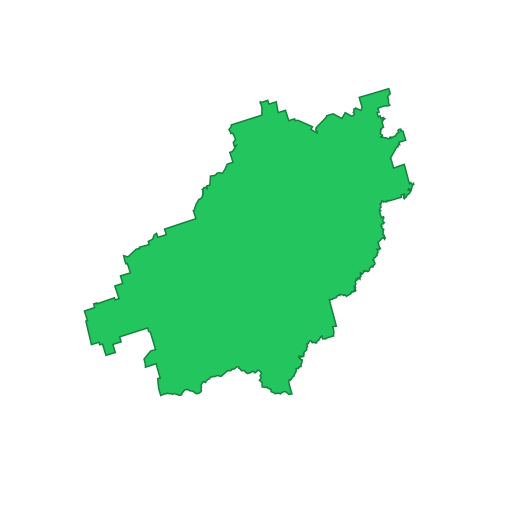 the district of Charters Towers, Queensland, Australia, rotated 68°
{"feature_id": "25037944B10597176528862", "entity_name": "Charters Towers", "entity_type": "district", "adm_level": 2, "iso_a3": "AUS", "parent_name": "Australia", "parent_adm1": "Queensland", "projection": "albers", "projection_center": [146.233, -20.209], "detail": "fine", "context": "isolated", "style": "filled", "palette": "green", "viewbox_px": 512, "rotation_deg": 68, "n_neighbors": 0, "source": "geoboundaries", "source_scale": "gbopen_adm2", "svg_char_len": 6076}
<svg xmlns="http://www.w3.org/2000/svg" viewBox="0 0 512 512"><g transform="rotate(68 256 256)"><path d="M276.5,441.8L277.2,433.8L279.7,434.2L280.2,431.3L291.9,432.3L292.8,422.6L284.4,421.8L285.1,413.2L279.9,412.8L282.1,383.4L285.6,383.8L287.3,382.5L305.2,384.2L304.6,389.3L309.7,398.5L314.3,399.0L317.7,400.2L318.5,389.0L333.5,390.6L332.8,392.3L333.0,393.2L342.6,395.9L349.7,396.6L349.6,392.6L350.1,391.1L349.8,389.8L350.9,388.5L352.0,386.1L353.0,385.2L352.7,383.5L356.3,379.5L356.9,378.0L356.7,376.8L355.6,376.2L353.5,372.4L353.6,371.0L354.2,370.1L353.8,369.8L354.2,369.0L356.2,367.9L357.5,365.4L361.3,363.0L361.9,360.9L361.4,358.2L360.4,357.0L358.8,356.9L357.2,355.7L355.0,355.2L352.8,352.2L354.3,350.2L353.4,349.1L352.5,347.0L352.4,345.0L351.2,343.4L351.8,341.7L351.7,340.4L352.4,339.6L352.3,336.5L354.2,334.2L354.5,333.2L351.7,325.5L352.9,322.2L352.0,320.7L352.6,318.4L351.6,314.9L352.5,313.5L353.7,314.0L355.0,312.9L356.9,312.5L357.9,309.6L359.9,309.2L361.7,308.0L362.1,305.4L361.7,302.5L362.0,301.7L363.5,301.2L364.0,300.3L362.8,297.4L363.1,296.1L366.7,294.8L368.6,297.1L371.0,296.9L372.5,299.4L375.6,297.8L379.6,299.4L381.7,296.1L381.8,294.7L382.9,294.5L384.6,293.0L385.0,292.0L387.5,292.8L389.6,290.4L390.8,290.0L391.5,286.9L393.0,284.9L392.1,282.2L392.8,279.4L396.8,277.2L397.4,274.4L385.4,273.0L384.4,272.2L383.8,272.2L383.3,271.4L383.4,270.8L384.0,270.6L383.0,268.7L382.2,268.1L381.6,265.7L380.0,264.6L378.7,262.6L376.5,261.2L375.7,261.3L375.5,260.2L376.2,258.8L375.3,258.2L375.5,257.7L374.9,256.9L375.4,255.9L375.1,255.3L373.5,255.1L372.8,254.0L369.8,252.0L368.5,253.6L367.7,253.6L367.3,252.8L366.5,254.2L365.7,254.4L365.1,253.7L365.8,253.3L365.7,251.4L366.9,250.6L366.9,249.2L365.4,248.9L365.0,248.1L364.5,248.4L363.1,247.3L362.2,244.4L361.5,243.8L359.5,243.4L359.4,242.2L356.6,241.8L356.8,240.2L355.0,238.7L355.0,237.4L355.8,236.4L356.8,236.6L357.6,236.1L357.4,235.2L358.2,234.6L358.3,233.3L359.1,233.2L359.3,232.5L358.6,232.3L357.6,230.6L357.7,229.5L356.8,228.9L356.8,228.2L355.3,226.5L355.6,225.9L354.7,225.2L354.9,224.8L357.9,225.2L359.0,222.1L358.5,221.4L359.2,213.9L358.3,213.9L357.0,212.8L352.9,211.5L350.3,211.5L351.2,207.8L323.2,204.3L324.7,203.9L324.2,202.4L324.9,201.3L324.4,200.7L324.6,197.0L323.4,195.6L323.6,195.2L323.0,194.1L324.0,193.0L323.3,192.7L323.4,191.5L325.4,189.4L325.2,188.3L327.4,187.1L327.0,186.5L326.6,182.2L325.2,181.2L325.2,180.3L325.8,179.8L325.2,177.9L325.8,177.7L325.5,176.4L324.8,176.5L325.1,177.6L324.5,177.8L322.8,175.5L322.0,175.6L322.3,176.4L321.2,176.4L321.0,175.3L320.1,175.0L319.5,173.9L316.8,173.6L316.3,171.9L315.4,171.8L315.9,171.5L315.9,170.4L314.3,169.7L314.4,169.3L316.3,168.3L314.5,167.6L314.4,166.4L312.7,166.3L312.5,165.2L311.7,165.7L310.7,165.5L312.4,164.1L311.5,162.3L310.3,161.6L311.1,160.6L310.6,160.0L312.0,158.8L312.4,157.8L311.6,156.1L309.8,155.2L309.7,153.9L308.8,152.8L310.0,151.8L309.2,151.3L307.9,148.7L306.4,148.3L304.9,148.9L304.5,148.3L303.3,149.1L302.8,147.9L301.9,147.4L302.2,146.3L301.0,144.4L301.0,143.6L299.3,143.0L298.3,141.4L295.1,141.3L295.8,140.4L295.6,139.7L296.2,139.4L295.3,138.8L295.7,137.9L291.7,138.3L291.1,137.7L289.4,138.1L286.6,132.0L286.8,131.1L288.7,130.5L287.5,129.3L286.9,129.8L284.9,129.4L283.4,130.3L281.8,129.2L280.6,129.3L280.4,128.5L279.1,127.6L278.1,128.7L277.1,128.9L275.8,128.1L275.5,128.9L275.1,128.9L273.4,127.4L273.9,125.7L273.0,124.5L272.3,125.3L270.0,125.1L268.7,123.3L267.4,123.1L267.2,125.4L260.6,124.7L260.7,123.4L259.4,124.0L258.1,123.3L257.7,122.0L256.4,121.4L254.2,121.5L254.3,120.4L252.2,119.0L252.4,117.9L253.7,117.7L253.9,115.2L254.7,115.1L254.7,114.2L253.8,113.4L254.1,112.5L254.7,112.3L256.0,99.3L254.9,99.2L254.7,98.4L253.8,98.3L254.1,95.4L255.5,95.6L255.4,96.3L257.5,97.5L258.6,96.9L257.6,95.4L257.6,94.5L255.9,92.9L255.8,90.9L253.6,87.9L251.9,90.2L250.8,89.3L252.5,87.0L249.3,84.6L248.7,83.2L248.5,83.7L247.9,83.3L248.2,84.1L247.5,84.7L245.9,85.0L246.5,86.7L226.5,84.2L226.0,95.5L216.3,94.4L215.8,94.9L207.6,84.5L208.1,83.7L205.9,82.1L206.6,81.2L204.1,80.9L204.8,73.8L195.4,73.0L194.7,73.6L194.4,74.8L192.9,74.1L192.4,74.6L192.2,76.3L192.9,77.4L194.9,77.4L195.2,79.8L197.0,81.4L196.7,82.8L197.2,86.1L196.5,86.0L196.0,87.0L196.1,87.5L197.1,87.6L197.0,89.2L194.8,91.5L194.6,92.5L192.9,94.4L193.0,95.4L192.4,95.8L192.4,94.5L191.9,93.8L191.1,93.6L189.4,94.9L188.5,94.7L188.1,94.0L187.4,94.1L187.0,93.5L185.0,93.0L184.8,92.3L185.2,92.1L184.7,91.6L184.4,89.5L178.2,88.9L178.3,87.7L177.5,87.2L177.0,85.2L176.5,85.7L176.4,86.8L175.4,86.0L175.0,88.0L175.4,88.7L172.7,88.4L172.5,89.9L172.9,90.5L168.6,90.1L168.8,88.0L164.7,87.7L164.8,82.2L165.4,79.3L166.0,78.5L166.4,75.5L163.7,75.8L160.5,74.5L157.5,74.3L155.6,70.6L150.6,70.2L147.6,100.9L158.1,102.0L160.3,104.2L156.1,108.3L156.6,108.8L156.4,110.2L158.3,110.8L159.4,112.0L160.8,111.3L161.8,112.3L162.3,114.8L156.5,119.6L160.7,124.8L153.1,131.2L152.4,137.9L153.9,139.2L159.5,152.0L161.4,153.4L163.0,152.8L164.9,153.2L159.3,157.7L157.3,155.2L146.6,165.6L145.7,166.7L145.1,169.0L143.3,168.8L142.8,174.9L131.9,174.1L131.4,181.7L120.6,179.5L120.0,187.1L116.1,186.8L115.6,193.6L114.6,194.2L115.4,194.8L117.8,194.5L121.1,195.1L127.6,197.8L125.2,229.6L127.3,231.2L128.5,233.7L131.2,233.2L132.9,233.5L133.0,232.3L133.5,232.3L134.1,231.4L140.3,231.3L142.3,234.6L146.0,235.0L146.1,232.8L150.3,238.6L150.1,241.5L160.4,242.2L160.1,248.4L164.0,252.3L166.5,255.8L166.6,256.7L165.1,258.6L164.7,259.8L164.7,261.5L165.6,262.8L165.8,264.4L164.8,268.3L172.9,272.2L172.6,275.6L175.1,276.1L173.6,277.1L173.0,278.6L173.8,279.5L174.2,281.0L175.3,280.6L177.5,281.8L178.7,281.5L179.0,282.4L181.2,283.8L182.2,286.0L182.0,287.4L182.4,288.2L185.9,292.5L190.5,296.3L190.4,297.1L198.9,297.7L196.8,330.7L202.6,331.1L201.9,340.0L197.7,339.7L198.4,342.6L201.8,345.6L202.1,350.5L205.4,350.7L204.2,360.8L205.4,361.2L204.8,364.5L208.6,374.3L208.6,375.4L206.1,378.6L212.2,379.5L214.7,379.5L214.8,378.1L224.6,378.8L223.6,389.1L231.5,389.9L230.9,398.1L244.2,399.0L243.9,403.0L241.7,402.9L240.8,421.2L239.9,421.1L239.6,424.4L243.3,425.0L242.7,435.7L252.7,436.4L252.6,438.1L276.5,441.8Z" fill="#22c55e" stroke="#15803d" stroke-width="1.5"/></g></svg>